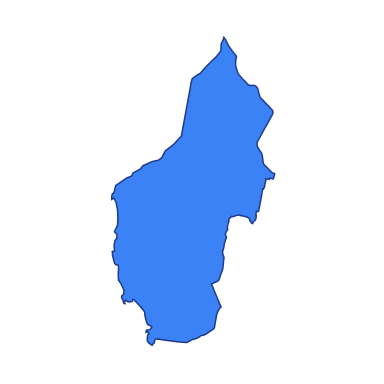 Alimosho, Lagos, Nigeria (Robinson projection), rotated 10°
{"feature_id": "59680162B54313559089261", "entity_name": "Alimosho", "entity_type": "district", "adm_level": 2, "iso_a3": "NGA", "parent_name": "Nigeria", "parent_adm1": "Lagos", "projection": "robinson", "projection_center": [3.269, 6.583], "detail": "fine", "context": "isolated", "style": "filled", "palette": "blue", "viewbox_px": 384, "rotation_deg": 10, "n_neighbors": 0, "source": "geoboundaries", "source_scale": "gbopen_adm2", "svg_char_len": 5741}
<svg xmlns="http://www.w3.org/2000/svg" viewBox="0 0 384 384"><g transform="rotate(10 192 192)"><path d="M123.8,264.5L124.4,266.1L124.5,267.8L128.2,275.8L130.0,277.0L131.6,276.7L132.0,276.7L132.7,278.5L133.0,280.7L133.4,284.2L133.7,286.3L134.5,289.5L134.8,291.1L135.0,291.3L134.9,291.5L136.4,293.1L137.6,294.3L137.8,294.6L139.6,297.0L141.0,298.9L142.1,300.6L142.2,301.9L142.6,304.2L140.9,306.5L140.9,308.1L141.8,309.2L142.7,310.4L143.3,311.5L144.0,313.0L144.4,313.5L145.2,313.7L145.5,313.6L145.1,313.1L144.6,312.3L144.7,311.7L145.0,311.3L145.2,310.7L145.3,310.3L145.7,310.0L146.1,310.0L146.7,310.7L147.0,310.8L147.9,311.2L148.4,311.1L149.2,311.2L149.7,311.2L150.0,311.0L151.0,310.5L151.8,310.3L152.1,310.0L152.3,308.7L152.6,308.0L153.1,308.0L153.5,308.1L154.3,308.7L155.0,309.4L156.0,310.0L159.3,312.5L160.7,313.6L164.0,316.3L166.1,318.2L167.1,321.7L168.4,325.1L169.0,326.3L171.2,330.2L173.6,330.8L175.2,331.3L175.6,331.4L175.9,331.8L175.8,332.3L175.2,333.4L174.5,334.7L173.1,335.6L172.8,335.7L171.9,335.6L171.4,335.9L171.0,336.4L171.2,338.2L171.7,337.8L172.3,337.5L172.9,337.9L173.5,338.4L174.1,338.5L174.3,339.0L173.2,340.8L173.2,341.2L173.3,343.7L173.6,345.3L173.9,346.5L175.0,347.6L175.5,348.1L176.0,348.3L176.3,348.2L176.4,348.6L176.6,348.8L177.7,349.2L178.9,349.8L179.6,349.7L179.8,348.6L180.1,348.2L180.7,347.7L181.2,346.8L181.0,346.1L181.1,344.1L181.6,343.5L182.6,342.7L183.9,342.6L184.0,342.9L184.6,342.6L187.9,342.7L191.9,342.6L197.9,342.3L202.4,342.1L204.8,341.9L207.8,341.7L209.8,341.5L211.4,341.3L212.5,341.3L213.9,340.6L214.0,340.4L214.5,340.1L214.9,339.8L215.9,339.0L216.5,338.5L217.4,337.6L218.3,337.1L219.3,336.7L221.5,335.6L223.4,334.3L223.9,333.9L224.2,333.6L224.7,333.1L225.1,332.6L225.6,332.1L227.2,331.3L228.0,330.9L228.6,330.6L228.7,330.8L228.9,330.5L229.4,330.2L230.6,329.4L233.7,326.3L235.9,324.3L236.9,323.3L237.6,322.0L237.6,316.4L237.6,313.3L237.6,311.0L237.5,309.6L237.6,309.0L237.8,307.2L238.2,305.0L238.6,303.8L239.5,301.7L240.0,300.9L240.6,300.2L240.3,299.7L238.9,297.7L234.5,290.8L231.8,286.6L230.7,284.9L228.9,281.9L227.3,279.4L227.2,279.3L228.3,278.5L230.5,276.9L232.9,275.3L233.9,273.7L234.3,270.4L234.6,268.3L235.3,264.5L235.7,262.4L235.2,255.8L235.0,254.1L235.0,253.3L235.0,251.3L233.9,249.2L233.2,247.8L232.4,245.5L232.8,242.6L233.0,241.2L232.9,239.6L232.8,238.8L232.7,238.3L232.8,237.5L232.9,236.5L233.2,235.1L233.3,234.6L233.3,233.7L233.2,233.0L233.7,231.8L233.9,230.8L233.0,229.2L232.5,228.4L232.1,227.4L232.2,227.0L232.4,226.2L232.5,225.5L232.6,225.3L232.7,225.0L232.8,224.7L232.9,224.3L233.0,224.1L233.3,223.7L233.5,223.2L233.5,222.8L233.6,222.5L233.4,221.8L233.1,221.3L233.0,220.6L233.0,220.1L232.9,219.2L232.8,218.4L232.9,217.9L233.0,217.6L233.1,216.9L233.1,216.3L233.0,215.8L233.2,215.5L233.4,215.1L233.5,214.8L233.5,214.4L233.5,214.2L233.3,214.0L233.3,213.8L232.9,212.8L233.0,212.4L233.5,211.6L234.2,210.8L234.6,210.1L235.1,209.1L235.4,209.3L236.2,209.3L237.2,208.9L238.1,208.3L239.1,207.8L239.9,207.4L241.2,206.9L242.3,206.5L243.0,206.2L243.3,206.2L243.5,206.8L243.8,206.9L244.7,206.8L246.2,206.8L247.3,206.8L248.4,207.0L249.2,207.0L249.7,206.9L250.1,207.0L250.9,207.3L252.2,207.9L253.3,208.6L253.7,208.8L254.0,209.1L254.2,209.5L253.9,210.2L253.9,210.3L254.5,210.6L254.8,210.9L255.5,211.7L255.8,212.1L256.3,212.4L256.9,212.5L257.2,212.6L257.3,212.2L257.4,211.8L257.5,211.3L257.6,210.6L258.1,210.0L258.8,209.2L259.4,207.9L259.6,207.5L259.5,205.9L259.4,203.8L258.9,203.7L258.8,202.6L258.8,201.4L258.9,200.4L259.0,199.7L259.3,199.7L259.8,199.8L260.4,199.7L260.7,199.6L261.0,199.2L261.0,198.6L260.9,196.8L260.9,195.8L261.0,195.3L261.0,194.7L261.1,192.4L261.1,189.3L261.1,187.1L261.0,185.1L261.2,184.9L261.2,184.7L261.2,183.7L261.1,181.5L261.1,180.8L261.0,178.6L261.0,177.4L261.1,176.6L261.8,176.8L262.3,175.1L262.5,174.4L262.6,174.2L262.4,173.0L262.4,171.6L262.5,170.6L262.7,169.2L262.6,167.5L262.6,166.7L262.5,166.2L263.0,166.2L264.1,166.2L265.3,166.1L265.9,166.2L266.2,164.8L268.3,165.0L269.2,165.1L269.7,165.1L269.9,164.3L270.0,163.4L270.1,161.9L270.2,161.3L270.3,160.6L270.0,159.4L269.4,159.5L268.7,159.4L268.1,159.3L267.5,159.0L266.7,158.5L265.5,157.6L263.0,155.9L262.9,155.8L262.6,155.6L261.8,155.0L260.3,153.9L258.6,152.9L258.0,152.2L257.5,151.5L257.0,150.8L256.6,149.5L256.0,147.4L255.4,145.6L254.9,144.0L254.1,142.3L253.3,141.2L252.3,140.1L251.5,139.5L250.8,138.5L249.0,136.7L248.0,134.7L247.6,132.6L247.7,131.2L248.3,129.4L250.8,121.9L252.4,117.3L252.7,116.1L253.4,114.5L254.4,111.6L255.1,109.6L255.7,107.9L255.9,107.1L256.4,105.6L256.8,104.4L257.3,103.1L257.9,101.2L258.0,100.1L257.7,98.8L257.1,97.6L255.8,96.6L253.6,94.9L250.1,92.4L247.7,90.6L245.1,88.7L243.0,87.2L242.3,86.2L241.2,84.2L240.3,82.3L239.4,80.2L238.6,78.6L237.5,77.4L236.5,76.7L234.6,76.2L233.1,76.6L230.2,76.9L228.9,76.7L227.6,75.9L227.0,75.4L226.3,74.8L224.7,73.7L222.2,71.9L218.9,69.2L216.9,67.4L215.9,65.7L215.3,64.6L214.6,63.2L213.1,60.1L212.7,58.3L212.3,55.7L212.2,50.6L207.3,46.3L202.5,41.5L202.0,40.8L198.6,36.1L197.6,35.2L196.5,34.2L196.2,37.0L195.0,41.0L195.5,44.6L195.7,46.4L196.0,47.8L194.8,50.1L192.3,54.8L189.2,58.8L185.4,64.3L183.0,67.8L180.7,71.7L179.9,73.2L178.6,74.5L176.4,76.3L172.6,80.2L172.1,84.4L172.1,86.1L172.2,87.5L171.8,138.8L167.7,145.1L166.4,147.3L164.9,149.1L164.7,149.5L163.8,150.4L160.1,154.4L158.7,155.9L158.3,157.1L156.1,163.6L155.2,164.6L153.4,166.5L147.4,169.0L139.0,174.7L137.2,178.3L130.6,183.5L129.7,186.8L125.3,189.5L115.7,198.9L115.3,206.1L113.8,207.8L113.7,210.5L114.3,213.2L116.1,211.6L118.3,214.3L118.8,215.1L119.8,217.5L120.6,219.5L121.7,222.5L122.3,224.7L123.6,231.2L124.1,234.6L124.3,236.6L124.4,237.9L123.6,240.6L122.5,244.6L125.7,247.0L125.9,250.7L124.7,252.8L124.5,258.1L126.0,263.4L125.6,263.6L123.8,264.5Z" fill="#3b82f6" stroke="#1e3a8a" stroke-width="1.5"/></g></svg>